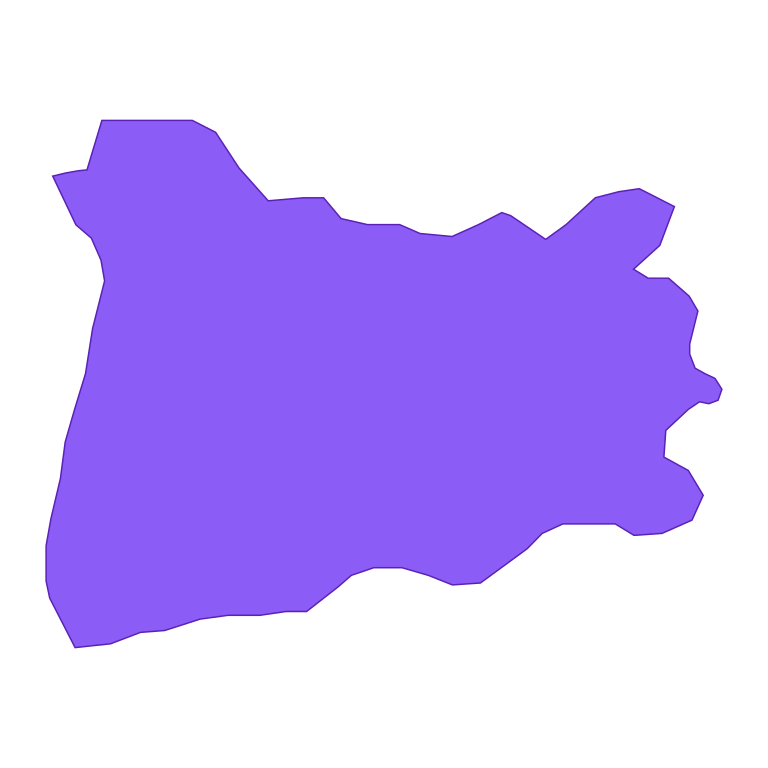 the district of Yanggu-gun, Gangwon, South Korea, rotated 270°
{"feature_id": "91817680B23922363914919", "entity_name": "Yanggu-gun", "entity_type": "district", "adm_level": 2, "iso_a3": "KOR", "parent_name": "South Korea", "parent_adm1": "Gangwon", "projection": "natural_earth1", "projection_center": [128.002, 38.166], "detail": "fine", "context": "isolated", "style": "filled", "palette": "violet", "viewbox_px": 768, "rotation_deg": 270, "n_neighbors": 0, "source": "geoboundaries", "source_scale": "gbopen_adm2", "svg_char_len": 1185}
<svg xmlns="http://www.w3.org/2000/svg" viewBox="0 0 768 768"><g transform="rotate(270 384 384)"><path d="M591.9,52.7L543.2,75.9L529.8,91.4L507.8,101.0L487.1,104.6L439.5,92.6L394.3,85.5L359.0,74.7L326.0,65.2L289.4,60.4L249.2,50.9L222.3,46.1L187.0,46.1L169.9,49.7L120.4,75.1L124.2,110.5L135.6,140.4L137.5,164.7L148.9,200.1L152.7,228.1L152.7,259.9L156.5,286.0L156.5,306.6L181.3,338.3L192.7,351.4L200.3,373.8L200.3,401.9L192.7,428.1L183.1,452.4L185.0,480.4L219.3,527.2L234.6,542.2L244.1,562.8L244.1,587.1L244.1,615.2L232.7,633.9L232.9,637.9L234.6,662.0L247.9,692.0L272.7,703.2L297.5,688.3L310.9,663.9L337.6,665.8L358.6,688.3L366.2,699.5L364.3,708.9L367.8,718.1L378.7,721.9L389.6,715.0L394.3,705.0L399.8,695.1L413.9,689.7L424.0,689.7L457.0,697.9L471.9,689.1L489.8,668.6L489.8,648.1L498.8,633.5L522.6,659.8L561.4,674.4L579.3,639.3L576.3,618.8L570.3,595.4L543.5,566.2L528.6,545.7L552.4,510.6L555.4,501.8L543.4,478.5L531.5,452.1L534.5,420.0L543.4,399.6L543.4,367.4L549.4,341.1L570.2,323.6L570.2,303.2L567.2,268.2L600.0,239.0L635.7,215.6L647.6,192.3L647.6,151.5L647.6,101.9L616.1,92.4L598.1,87.0L597.3,78.6L595.0,65.7L591.9,52.7Z" fill="#8b5cf6" stroke="#5b21b6" stroke-width="1.5"/></g></svg>